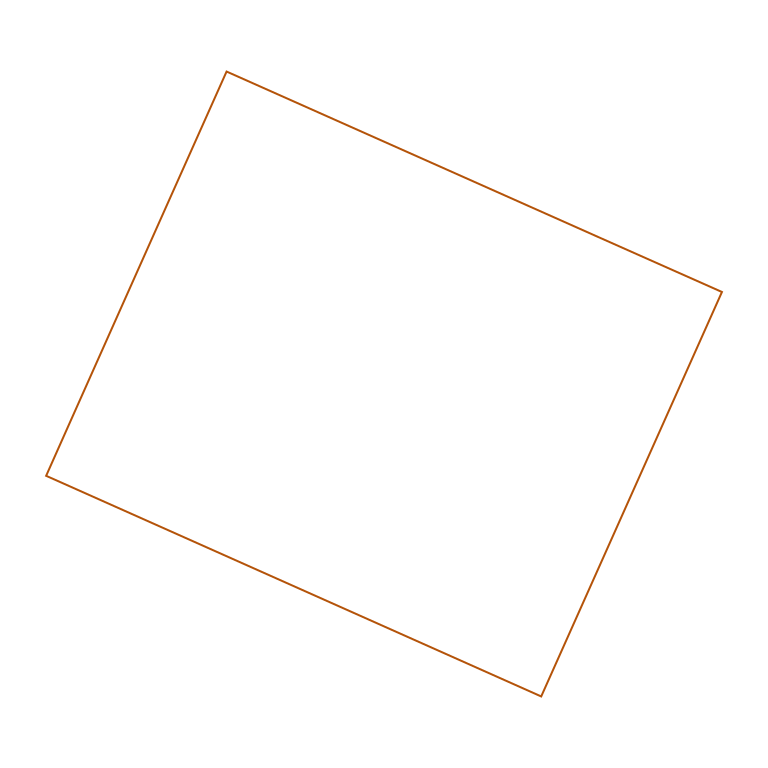 outline of Stanton, Nebraska, United States of America, rotated 114°
{"feature_id": "52423323B97836650916627", "entity_name": "Stanton", "entity_type": "district", "adm_level": 2, "iso_a3": "USA", "parent_name": "United States of America", "parent_adm1": "Nebraska", "projection": "robinson", "projection_center": [-97.231, 41.917], "detail": "fine", "context": "isolated", "style": "outline", "palette": "amber", "viewbox_px": 768, "rotation_deg": 114, "n_neighbors": 0, "source": "geoboundaries", "source_scale": "gbopen_adm2", "svg_char_len": 274}
<svg xmlns="http://www.w3.org/2000/svg" viewBox="0 0 768 768"><g transform="rotate(114 384 384)"><path d="M162.5,112.7L162.6,248.3L162.6,654.9L309.6,655.1L556.2,655.3L605.3,655.3L605.5,113.3L309.7,112.9L162.5,112.7Z" fill="none" stroke="#b45309" stroke-width="2"/></g></svg>